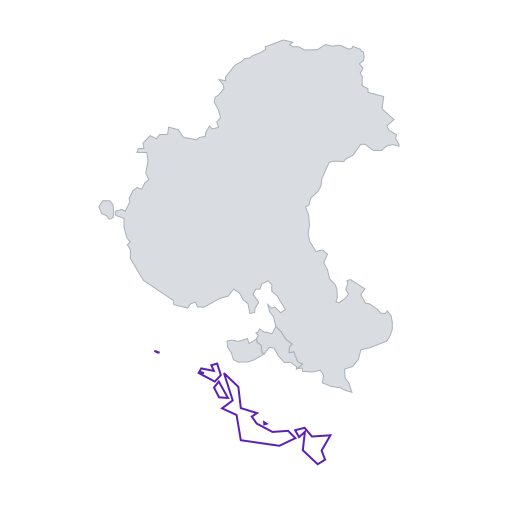 Japan shown with its bordering countries, rotated 85°
{"feature_id": "JPN", "entity_name": "Japan", "entity_type": "country or territory", "adm_level": 0, "iso_a3": "JPN", "parent_name": "Asia", "parent_adm1": "", "projection": "orthographic", "projection_center": [135.292, 34.888], "detail": "coarse", "context": "with_neighbors", "style": "outline", "palette": "violet", "viewbox_px": 512, "rotation_deg": 85, "n_neighbors": 3, "source": "natural_earth", "source_scale": "50m", "svg_char_len": 4058}
<svg xmlns="http://www.w3.org/2000/svg" viewBox="0 0 512 512"><g transform="rotate(85 256 256)"><path d="M367.7,218.8L372.4,225.7L370.0,225.1L364.8,230.8L364.7,237.0L357.1,242.7L349.5,245.9L348.1,250.6L354.2,256.3L353.0,258.4L345.2,258.8L342.2,262.5L338.6,262.7L335.5,260.7L332.4,262.8L332.3,261.1L329.0,258.6L333.0,254.0L332.5,252.4L334.8,247.9L334.5,246.4L327.9,242.4L333.9,237.3L341.7,233.4L346.8,227.6L349.6,230.6L355.2,231.3L354.6,226.7L364.9,223.6L367.7,218.8Z" fill="#d9dde1" stroke="#a8b0b8" stroke-width="1"/><path d="M338.6,262.7L342.2,262.5L345.2,258.8L353.0,258.4L354.2,256.3L359.4,267.1L360.8,272.9L360.2,283.0L357.2,287.6L350.6,288.9L344.6,292.1L338.1,292.3L337.7,287.5L339.6,281.0L337.4,271.6L342.7,270.6L338.6,262.7Z" fill="#d9dde1" stroke="#a8b0b8" stroke-width="1"/><path d="M193.2,408.2L187.5,403.9L188.3,396.7L192.6,394.0L201.1,393.9L205.4,395.2L206.6,398.8L202.7,401.6L200.3,406.0L193.2,408.2ZM96.5,134.3L99.0,129.9L102.8,130.1L108.2,114.9L120.4,117.6L132.1,106.7L137.9,114.4L142.3,112.5L147.5,105.4L151.1,106.8L157.3,103.8L159.2,104.2L156.9,109.9L157.7,115.9L161.8,122.1L161.1,129.8L154.2,137.7L153.9,141.9L164.0,150.5L167.2,158.2L169.7,160.5L168.3,168.8L169.0,174.9L184.6,183.6L192.1,185.3L196.9,188.6L203.1,196.5L209.8,198.9L211.4,202.3L219.6,200.0L229.8,200.0L238.6,202.2L246.3,201.1L256.8,195.9L255.8,189.2L260.4,184.6L268.8,189.2L275.8,186.0L285.4,184.6L291.0,179.9L295.6,178.2L304.3,178.6L308.6,180.3L309.9,177.4L305.9,170.6L302.0,167.1L297.0,169.5L291.7,167.1L288.3,167.5L287.8,163.8L298.1,150.5L303.8,154.9L312.7,150.9L313.5,147.2L320.2,139.2L323.7,137.0L324.6,132.4L322.2,130.0L327.3,126.6L334.0,126.0L340.8,126.6L348.1,129.9L352.3,133.4L357.4,151.2L358.5,159.7L368.1,163.1L374.5,169.5L376.4,177.6L385.3,177.9L390.5,174.7L400.2,172.3L397.1,180.0L394.7,183.1L392.5,192.5L388.2,200.8L380.7,199.1L375.3,201.9L376.5,209.4L375.1,219.6L371.8,219.7L371.6,224.2L367.7,218.8L364.9,223.6L354.6,226.7L355.2,231.3L349.6,230.6L346.8,227.6L341.7,233.4L333.9,237.3L327.9,242.4L318.3,243.8L312.8,247.2L305.3,248.6L309.4,245.1L308.6,241.5L314.7,236.4L311.9,231.4L297.4,238.5L292.4,243.4L285.9,242.7L281.8,246.2L284.2,252.6L289.4,255.0L288.9,258.9L293.8,262.3L302.4,257.3L307.9,261.5L312.2,262.3L312.7,267.1L302.7,268.2L298.8,272.4L291.4,275.7L286.9,281.2L293.6,287.2L295.2,296.2L302.5,312.2L301.6,318.6L296.7,320.4L297.9,325.3L301.9,328.6L297.3,342.1L293.0,342.3L270.5,370.3L247.4,381.4L238.7,380.5L233.5,383.3L231.3,380.0L226.4,383.2L215.2,384.9L207.1,384.2L203.2,392.3L198.9,391.7L198.0,385.1L200.2,382.4L190.8,376.9L187.2,377.3L180.3,372.9L177.5,368.5L179.5,364.0L173.4,360.4L170.6,356.2L163.7,358.6L151.3,355.2L143.4,355.8L142.4,365.6L138.8,364.0L139.2,358.3L133.7,358.8L126.9,351.0L130.5,345.0L126.7,341.6L127.1,333.4L120.0,331.8L123.4,322.4L131.3,318.1L135.1,305.0L133.0,301.9L132.4,296.1L128.6,295.2L122.5,291.0L125.6,288.4L124.5,282.0L119.1,283.5L114.9,279.1L106.4,280.9L99.1,284.3L94.2,282.8L92.5,279.3L86.4,273.4L82.7,273.7L76.9,277.5L78.8,271.0L75.0,270.7L64.1,260.4L61.5,254.2L58.3,250.0L58.3,245.1L56.1,242.0L53.7,233.5L51.1,228.3L48.4,228.7L43.2,210.0L46.3,200.7L48.7,204.2L50.9,200.5L51.3,195.2L55.1,189.4L55.8,176.9L51.4,168.2L53.7,161.5L53.2,155.6L53.9,152.9L58.1,145.5L57.1,141.8L55.5,141.4L59.2,133.9L61.2,133.3L62.0,131.2L67.4,131.0L70.7,131.9L73.6,136.4L78.1,133.0L83.2,136.3L86.4,134.5L94.8,135.5L96.5,134.3Z" fill="#d9dde1" stroke="#a8b0b8" stroke-width="1"/><path d="M440.9,232.6L447.1,249.3L438.2,287.2L412.7,289.2L404.8,303.1L397.8,291.8L369.9,298.1L384.8,285.0L406.2,284.4L412.6,268.7L415.6,274.2L423.0,269.9L432.7,254.9L433.0,239.2L440.9,232.6ZM455.5,207.6L464.9,204.9L468.8,212.7L453.6,226.3L435.4,222.6L440.2,228.9L433.0,232.2L431.4,222.6L440.7,216.0L441.1,197.5L455.5,207.6ZM371.6,301.4L377.5,308.0L367.1,324.0L368.0,318.0L366.4,322.5L363.2,320.3L366.8,308.0L360.9,310.0L359.8,304.1L371.6,301.4ZM395.0,296.3L393.6,305.1L383.4,309.3L377.8,304.0L395.0,296.3ZM343.9,360.5L343.5,362.6L341.6,365.5L343.9,360.5ZM424.5,262.4L422.3,262.4L424.0,260.2L424.5,262.4Z" fill="none" stroke="#5b21b6" stroke-width="2"/></g></svg>